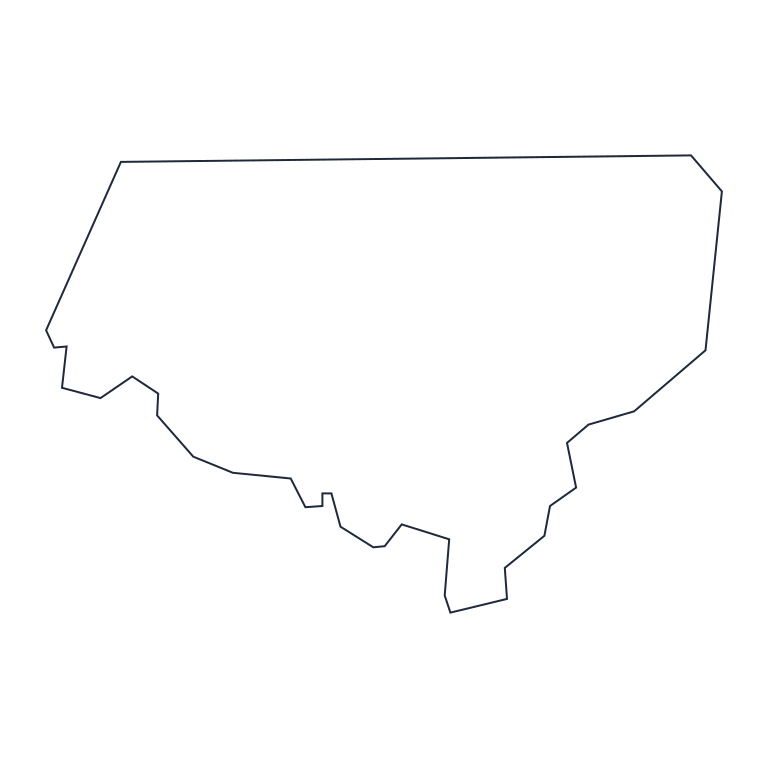 the district of Twic, Northern Bahr el Ghazal, South Sudan
{"feature_id": "79223893B10116449599990", "entity_name": "Twic", "entity_type": "district", "adm_level": 2, "iso_a3": "SSD", "parent_name": "South Sudan", "parent_adm1": "Northern Bahr el Ghazal", "projection": "orthographic", "projection_center": [28.357, 9.063], "detail": "fine", "context": "isolated", "style": "outline", "palette": "slate", "viewbox_px": 768, "rotation_deg": 0, "n_neighbors": 0, "source": "geoboundaries", "source_scale": "gbopen_adm2", "svg_char_len": 554}
<svg xmlns="http://www.w3.org/2000/svg" viewBox="0 0 768 768"><path d="M46.1,330.3L54.1,347.6L66.6,346.5L62.0,387.8L100.5,398.1L132.2,376.4L158.2,393.6L157.1,415.4L193.3,456.7L232.9,472.8L290.7,478.5L305.4,507.2L322.4,506.0L322.4,493.4L331.4,493.4L340.5,526.7L373.3,547.3L384.7,546.2L401.7,524.4L449.2,539.3L444.7,595.5L450.4,612.6L507.0,598.9L504.8,567.9L544.4,535.8L550.0,506.0L576.1,487.6L567.0,442.9L588.5,424.6L634.2,411.3L634.3,411.2L705.5,350.3L721.9,191.4L691.0,155.4L120.9,161.9L46.1,330.3Z" fill="none" stroke="#1e293b" stroke-width="2"/></svg>